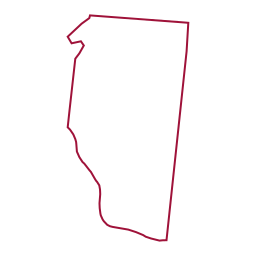 Clermont, Ohio, United States of America (Robinson projection)
{"feature_id": "52423323B73529130957654", "entity_name": "Clermont", "entity_type": "district", "adm_level": 2, "iso_a3": "USA", "parent_name": "United States of America", "parent_adm1": "Ohio", "projection": "robinson", "projection_center": [-84.222, 39.021], "detail": "fine", "context": "isolated", "style": "outline", "palette": "rose", "viewbox_px": 256, "rotation_deg": 0, "n_neighbors": 0, "source": "geoboundaries", "source_scale": "gbopen_adm2", "svg_char_len": 709}
<svg xmlns="http://www.w3.org/2000/svg" viewBox="0 0 256 256"><path d="M90.0,15.4L89.3,18.1L81.6,23.7L67.7,36.7L71.6,43.3L80.9,41.3L83.8,45.5L79.4,53.3L75.3,58.7L69.4,111.5L67.7,127.3L70.0,129.6L73.3,134.4L75.3,139.1L76.1,141.9L76.3,143.9L76.9,151.6L79.4,157.2L82.5,162.0L84.3,163.6L89.5,170.3L90.9,171.9L95.1,179.2L96.2,180.9L97.1,181.9L99.3,185.4L100.0,189.4L100.1,191.1L100.2,193.6L100.2,194.5L99.5,203.2L99.7,208.1L100.4,213.6L100.7,215.0L100.8,215.4L102.6,219.4L103.8,221.2L107.2,224.8L109.9,226.2L112.6,226.9L128.3,229.6L136.0,232.1L143.2,235.1L145.7,236.7L151.1,238.5L159.5,240.6L162.5,240.3L166.5,240.2L186.6,51.3L188.3,22.8L183.3,22.4L90.0,15.4Z" fill="none" stroke="#9f1239" stroke-width="2"/></svg>